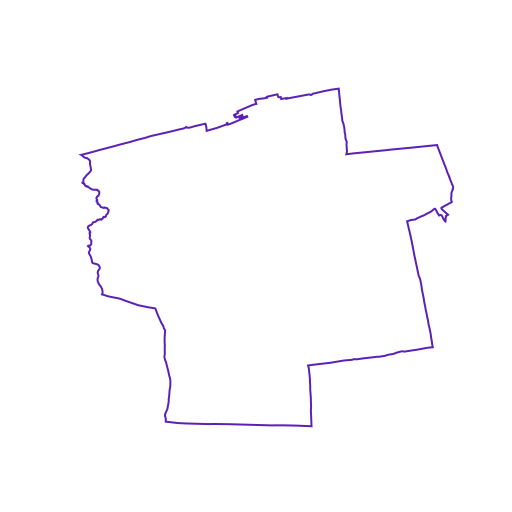 Balteni, Olt, Romania (Mercator projection), rotated 192°
{"feature_id": "2599482B45249958098961", "entity_name": "Balteni", "entity_type": "district", "adm_level": 2, "iso_a3": "ROU", "parent_name": "Romania", "parent_adm1": "Olt", "projection": "mercator", "projection_center": [24.539, 44.464], "detail": "fine", "context": "isolated", "style": "outline", "palette": "violet", "viewbox_px": 512, "rotation_deg": 192, "n_neighbors": 0, "source": "geoboundaries", "source_scale": "gbopen_adm2", "svg_char_len": 6024}
<svg xmlns="http://www.w3.org/2000/svg" viewBox="0 0 512 512"><g transform="rotate(192 256 256)"><path d="M447.9,318.6L447.4,318.5L445.9,317.4L444.8,316.9L443.0,316.5L441.7,316.6L439.4,315.6L438.6,315.0L438.1,314.3L437.8,313.3L437.5,311.3L436.3,308.8L436.0,307.7L435.3,306.2L435.2,305.7L435.4,304.9L435.8,304.0L437.5,301.1L437.8,300.9L438.8,299.2L439.2,298.2L440.5,296.1L440.7,294.7L440.5,293.9L440.1,292.2L441.0,291.7L440.8,291.3L440.1,291.4L439.3,290.7L438.9,290.9L438.7,290.8L438.2,290.0L438.0,289.6L437.6,289.2L437.1,289.3L436.8,288.9L436.1,288.7L435.7,288.7L435.5,289.1L434.8,289.0L434.4,288.5L432.9,288.0L432.3,287.6L429.9,287.0L429.1,287.0L424.9,287.8L424.7,287.5L424.6,287.2L423.4,286.9L422.7,286.2L422.5,285.6L422.3,284.8L422.3,284.1L422.7,282.1L423.5,281.6L423.7,280.8L424.0,280.4L424.1,279.4L424.0,278.9L423.0,277.8L422.9,277.6L423.3,277.0L423.4,276.6L423.3,276.2L422.0,275.6L421.9,275.3L421.9,274.2L421.7,274.0L421.4,273.9L421.2,274.0L420.8,274.0L420.2,273.7L418.9,272.8L418.8,272.5L417.9,271.6L417.2,271.5L416.1,271.6L414.9,271.3L414.6,271.5L414.1,272.0L412.9,271.8L411.9,271.9L411.5,271.7L410.4,270.7L409.8,270.4L409.6,270.2L409.6,269.8L409.6,269.1L409.9,267.1L410.0,266.5L410.8,265.4L411.0,265.0L411.0,263.9L411.6,262.9L411.9,262.6L412.1,262.6L412.6,262.8L412.9,262.7L413.3,262.4L413.6,261.4L413.7,260.8L414.2,260.5L414.4,260.2L414.7,259.4L415.1,259.3L415.5,259.6L416.2,259.6L416.5,259.5L417.4,258.5L418.6,258.5L419.1,257.3L420.2,256.1L421.0,255.6L422.3,255.2L422.5,254.9L422.8,253.5L423.5,252.4L424.1,251.9L425.6,250.9L426.3,250.0L426.4,249.2L426.4,248.7L426.2,248.3L425.0,247.1L423.6,245.5L423.1,245.1L423.0,244.6L423.5,244.4L423.6,243.9L423.3,242.9L422.7,242.1L422.5,240.7L422.5,239.4L422.3,238.6L422.0,238.2L420.8,237.3L420.2,236.7L420.0,236.2L420.0,235.2L419.8,234.3L419.7,233.1L420.4,231.8L422.2,231.2L422.4,230.7L421.3,230.2L420.5,229.6L419.7,228.8L419.5,228.1L419.6,227.2L420.1,225.4L420.2,224.7L420.0,224.0L417.7,221.3L417.0,220.3L415.7,217.6L415.5,216.8L414.7,215.4L414.2,215.1L412.7,215.0L409.9,214.9L408.7,214.6L408.3,214.5L407.7,214.0L406.9,213.2L406.6,212.7L406.2,211.6L406.4,210.9L407.3,208.8L407.4,207.2L407.3,206.5L406.1,204.3L406.0,203.7L406.0,202.7L406.2,201.2L406.1,199.8L405.4,198.0L404.7,197.1L403.5,195.5L402.1,194.5L401.1,193.5L399.6,191.6L398.6,189.0L398.4,187.8L398.5,186.9L398.6,186.4L396.6,186.3L393.4,185.9L390.9,185.8L384.9,185.9L383.0,186.0L379.8,185.9L374.8,185.1L361.3,183.4L351.4,183.4L343.8,183.8L343.6,183.7L343.0,182.9L340.0,178.2L334.9,171.2L333.4,169.5L332.7,168.9L332.0,168.0L331.1,166.1L329.7,164.7L329.4,164.0L329.2,163.2L328.9,160.5L328.4,157.1L327.4,152.4L326.8,150.6L326.4,148.2L325.6,144.5L325.4,143.6L324.9,141.6L324.7,140.4L324.8,139.8L324.7,138.6L324.5,137.9L323.4,135.5L322.1,133.7L317.6,124.6L315.9,120.7L315.0,119.2L314.4,117.9L313.6,115.3L312.8,111.0L312.6,106.7L311.7,99.9L311.7,98.1L311.2,96.2L311.0,93.1L310.9,87.4L311.4,85.6L311.9,82.9L312.0,81.5L311.9,81.0L311.4,79.9L310.8,79.1L310.4,77.9L309.8,75.1L308.3,75.4L302.3,75.9L297.4,76.4L289.9,77.6L269.7,81.3L258.9,83.6L246.8,86.0L206.3,93.4L193.4,96.2L181.2,98.5L166.3,101.0L168.9,111.3L170.2,116.2L170.6,119.0L171.0,121.0L172.2,125.7L172.7,127.9L173.2,129.8L175.2,136.6L175.9,140.0L177.3,145.0L177.5,146.4L180.1,154.4L181.2,157.6L182.3,159.7L178.6,161.1L160.0,167.4L149.5,171.6L146.6,172.6L141.5,174.1L139.5,174.9L139.0,175.4L136.0,175.9L128.8,178.5L122.2,180.7L116.7,182.6L115.1,182.9L109.0,185.2L107.1,186.4L105.6,187.1L101.7,188.6L100.0,189.5L99.5,190.0L98.0,190.9L94.2,192.8L92.9,193.3L91.1,193.3L78.3,198.1L69.5,201.8L64.1,203.5L65.3,206.2L66.2,208.8L67.8,212.8L68.6,215.2L69.5,217.4L71.5,222.0L72.9,224.8L74.5,229.1L75.2,230.4L77.0,234.7L78.4,237.7L79.8,241.2L82.3,247.0L82.8,248.5L83.4,250.0L87.0,258.3L87.9,261.1L89.7,265.4L90.8,267.8L92.8,270.6L93.6,272.3L94.4,274.2L101.5,290.2L106.6,302.4L110.6,311.2L111.9,313.9L112.8,315.8L115.4,321.4L113.2,322.6L112.5,323.1L110.3,324.0L107.8,324.8L106.8,325.9L104.6,327.6L102.8,329.0L101.7,329.7L100.8,330.2L96.8,333.6L94.4,335.5L92.9,337.2L91.4,339.2L91.0,339.4L90.5,339.4L90.2,339.1L88.4,337.1L87.3,335.7L86.3,334.7L85.4,333.7L84.7,334.3L84.4,334.4L84.1,334.5L82.8,334.3L81.8,333.2L80.6,331.4L79.8,330.8L79.3,330.1L78.7,329.6L77.9,329.2L77.9,330.4L78.4,331.8L78.5,332.1L78.3,332.8L78.3,333.2L78.6,334.5L76.7,336.3L79.0,337.6L80.4,338.3L81.5,339.0L83.8,340.3L84.4,340.9L84.7,341.3L84.7,341.6L84.6,341.9L84.3,342.2L83.5,342.7L81.7,344.4L79.8,345.9L78.9,346.8L75.9,349.3L75.7,349.6L76.5,350.9L77.0,352.3L77.3,354.3L77.3,355.7L77.7,356.8L77.9,357.7L77.9,358.5L77.4,361.9L77.3,362.3L77.6,362.5L77.4,363.1L77.4,364.1L77.8,365.0L78.9,366.7L79.4,367.1L80.1,368.6L81.6,370.6L83.4,373.4L83.3,373.5L86.3,377.7L89.0,382.2L89.8,383.3L101.5,401.3L101.9,402.2L125.5,394.6L147.2,387.8L150.9,386.5L181.5,376.8L188.8,374.3L188.7,377.4L189.5,379.5L189.8,381.0L190.4,382.9L190.8,384.9L190.8,385.9L191.0,386.5L192.9,389.5L193.3,390.8L193.5,391.7L194.0,393.5L194.9,395.1L195.5,397.4L196.7,400.9L197.3,401.8L197.5,402.7L199.7,406.3L200.0,407.3L200.8,409.7L201.9,412.8L202.3,413.8L203.1,416.4L204.2,419.2L205.6,423.5L209.9,436.9L216.5,434.5L223.3,431.6L234.2,426.5L235.1,425.3L235.5,425.0L235.9,424.9L237.3,425.1L237.9,425.0L256.9,417.1L258.8,416.2L258.9,416.9L264.0,414.8L264.8,416.6L266.2,416.1L266.9,416.1L267.3,416.2L268.7,418.6L278.5,414.0L278.1,413.1L280.9,411.9L285.7,410.3L289.3,408.5L287.3,404.8L289.5,403.8L292.8,401.7L293.8,400.9L298.0,398.0L304.2,393.5L303.3,392.1L306.8,389.4L305.8,387.8L304.9,388.5L304.1,387.3L298.8,391.1L297.9,389.5L300.7,387.5L300.3,386.8L294.0,391.0L293.5,390.3L297.4,387.6L301.9,384.6L302.5,384.1L308.0,380.3L310.8,378.6L311.6,380.2L312.2,379.8L311.6,378.9L320.8,373.2L330.3,368.2L330.7,369.6L331.2,371.2L331.7,372.4L332.9,374.8L333.3,374.8L344.0,369.7L346.2,368.4L347.8,367.7L348.9,367.4L350.5,367.2L351.1,367.7L351.7,367.0L352.7,366.1L353.9,365.4L356.7,364.2L365.3,360.0L383.7,351.5L389.2,348.4L395.6,345.3L403.2,341.2L412.7,336.5L418.8,333.3L431.8,326.8L438.6,323.2L447.9,318.6Z" fill="none" stroke="#5b21b6" stroke-width="2"/></g></svg>